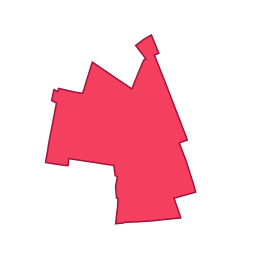 outline of Florica, Buzau, Romania, rotated 284°
{"feature_id": "2599482B16084496904113", "entity_name": "Florica", "entity_type": "district", "adm_level": 2, "iso_a3": "ROU", "parent_name": "Romania", "parent_adm1": "Buzau", "projection": "orthographic", "projection_center": [26.758, 44.911], "detail": "fine", "context": "isolated", "style": "filled", "palette": "rose", "viewbox_px": 256, "rotation_deg": 284, "n_neighbors": 0, "source": "geoboundaries", "source_scale": "gbopen_adm2", "svg_char_len": 2052}
<svg xmlns="http://www.w3.org/2000/svg" viewBox="0 0 256 256"><g transform="rotate(284 128 128)"><path d="M134.5,185.9L141.3,181.1L143.2,179.8L156.3,170.6L156.5,170.4L173.4,158.6L177.7,155.6L196.0,142.5L205.1,136.0L206.5,137.8L206.6,138.0L207.2,138.7L208.0,139.8L208.1,139.7L223.9,128.2L217.6,121.6L211.9,117.1L210.7,116.1L209.9,115.5L209.4,116.1L208.9,116.7L207.9,118.0L207.0,119.1L206.1,120.2L203.7,123.3L202.2,125.2L201.3,126.4L200.8,126.9L199.6,128.1L199.0,128.7L198.4,127.6L198.3,127.4L198.0,127.0L197.6,126.9L195.7,126.5L195.1,126.4L194.2,126.2L192.7,126.0L186.1,125.0L177.3,123.7L169.5,122.6L166.9,122.3L166.9,122.2L174.1,102.3L178.0,91.9L178.1,91.7L178.5,90.5L181.3,82.9L183.3,77.5L181.5,77.4L181.1,77.3L180.3,77.3L177.6,77.1L150.7,75.6L150.0,68.1L149.7,53.3L149.7,51.5L149.6,51.1L146.4,51.0L146.9,49.0L147.3,46.8L136.1,47.3L135.9,48.4L135.0,52.6L133.9,52.6L116.2,53.6L100.6,54.4L99.7,54.4L98.4,54.5L91.8,55.0L90.6,55.1L87.9,55.4L80.8,55.9L80.2,55.9L78.7,56.0L77.3,56.1L74.6,56.3L75.5,67.1L76.2,73.3L76.2,73.5L76.9,78.9L83.9,77.9L84.3,81.9L84.9,87.7L85.3,92.2L85.4,92.6L85.6,95.1L85.9,98.1L86.5,103.9L86.8,107.9L87.2,112.8L87.7,117.2L88.3,123.3L85.0,124.6L82.2,125.7L80.6,126.3L78.7,127.1L78.2,129.5L71.4,129.9L68.4,130.0L57.3,133.8L57.3,135.3L54.7,135.8L54.2,135.9L51.2,136.5L47.8,137.2L45.9,137.3L41.7,137.9L37.9,138.4L35.5,138.7L34.1,138.9L33.1,139.1L32.9,139.1L32.1,139.2L32.2,139.4L32.5,140.2L32.7,140.9L33.0,141.7L33.1,142.0L33.5,143.1L33.9,144.3L34.3,145.5L34.9,146.6L35.8,148.0L37.4,153.5L38.9,158.7L39.4,160.4L41.8,167.8L42.4,169.8L43.9,174.4L48.2,186.0L53.5,200.9L53.6,201.0L54.1,200.6L54.7,200.3L55.6,199.7L56.9,198.9L58.4,197.8L60.0,196.8L61.2,196.1L64.3,194.0L65.0,193.6L66.3,192.7L71.0,189.7L75.5,197.5L75.7,197.8L76.1,198.5L76.8,199.7L78.4,202.6L79.8,205.1L81.5,208.0L82.2,209.2L83.1,208.7L90.4,204.5L91.8,203.6L92.9,202.9L94.7,201.8L97.2,200.3L111.4,191.5L115.9,188.3L120.0,185.5L126.0,181.3L130.0,187.5L130.5,188.2L130.6,188.4L133.3,186.6L134.5,185.8L134.5,185.9Z" fill="#f43f5e" stroke="#9f1239" stroke-width="1.5"/></g></svg>